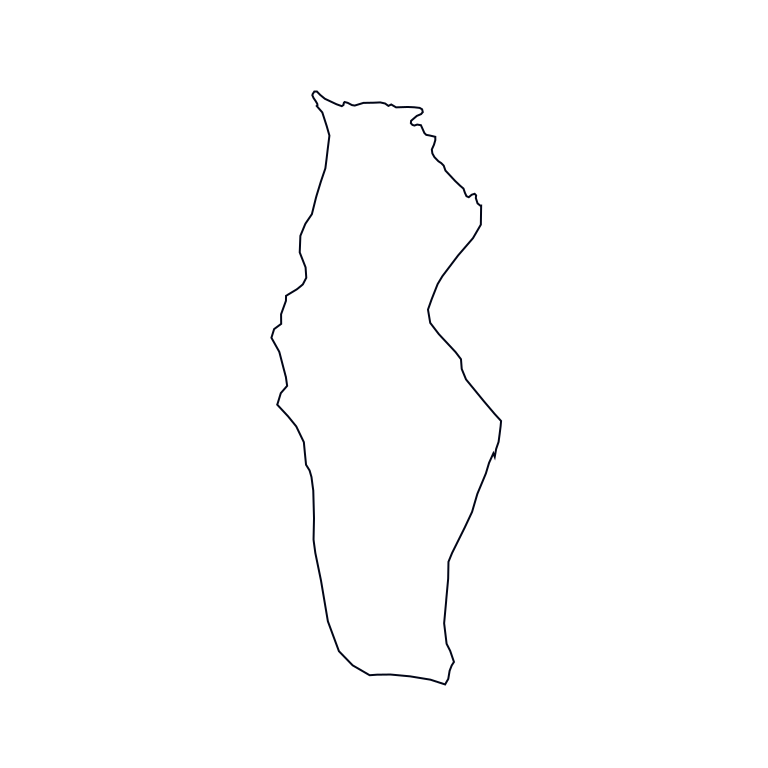 the district of Tchien, Grand Gedeh, Liberia, rotated 317°
{"feature_id": "62588387B79134287051190", "entity_name": "Tchien", "entity_type": "district", "adm_level": 2, "iso_a3": "LBR", "parent_name": "Liberia", "parent_adm1": "Grand Gedeh", "projection": "natural_earth1", "projection_center": [-8.022, 6.011], "detail": "fine", "context": "isolated", "style": "outline", "palette": "ink", "viewbox_px": 768, "rotation_deg": 317, "n_neighbors": 0, "source": "geoboundaries", "source_scale": "gbopen_adm2", "svg_char_len": 2290}
<svg xmlns="http://www.w3.org/2000/svg" viewBox="0 0 768 768"><g transform="rotate(317 384 384)"><path d="M223.8,645.4L227.9,644.1L228.7,643.9L229.9,643.5L236.4,638.5L241.6,636.0L245.6,635.0L250.4,624.3L252.6,616.7L264.8,600.0L281.7,584.9L282.3,584.3L298.1,570.2L309.9,558.0L318.6,554.0L345.0,544.1L361.2,537.6L365.9,534.8L377.4,528.0L388.9,522.8L397.5,518.9L407.1,513.3L416.7,509.3L415.3,512.8L421.7,508.0L428.3,504.5L434.4,499.5L440.5,494.4L444.4,490.9L444.5,481.2L445.3,464.5L445.4,463.0L447.1,436.6L451.1,426.0L457.2,418.4L458.1,409.5L458.1,399.6L458.1,390.4L458.1,385.0L459.5,370.8L466.9,359.6L476.5,354.6L491.4,347.5L499.1,345.3L500.1,345.0L525.9,340.5L547.8,338.1L548.6,338.0L563.5,333.5L576.7,319.8L576.1,319.4L575.6,315.7L578.0,310.6L580.0,308.9L580.0,306.7L577.2,305.4L573.4,305.2L572.4,302.9L573.6,299.3L575.4,295.3L574.9,290.9L574.5,284.0L574.5,269.8L576.6,265.0L576.5,261.5L575.7,258.2L575.6,252.5L576.6,248.4L578.9,245.1L583.7,243.1L587.9,240.6L590.1,238.2L587.5,234.3L586.6,233.0L584.8,230.6L584.7,228.0L587.5,219.9L585.2,216.9L582.5,215.7L581.5,213.9L581.5,211.6L583.3,210.0L590.8,210.3L595.2,211.9L597.8,211.6L599.2,209.1L598.4,206.4L594.8,202.2L590.3,197.6L581.5,189.9L579.9,184.5L576.9,183.6L576.1,179.6L573.3,175.5L568.6,171.5L560.7,164.4L552.5,160.4L550.8,158.2L549.2,153.6L547.5,150.9L546.4,151.0L544.6,152.3L542.6,152.0L540.0,146.9L535.3,135.1L534.5,129.2L534.4,124.3L532.5,122.6L529.6,123.3L528.5,124.0L527.5,126.9L527.0,130.3L526.3,133.5L525.4,134.8L524.4,134.8L524.1,143.3L517.9,156.5L513.5,165.1L502.6,174.2L495.4,180.3L488.2,186.3L475.9,192.9L463.4,200.1L461.1,201.5L447.1,210.6L436.1,213.1L435.3,213.4L429.4,216.1L423.9,218.6L412.1,230.3L406.2,245.2L399.6,253.3L392.6,255.8L390.3,255.7L384.8,255.3L378.7,254.0L372.5,252.7L369.0,256.3L356.3,262.8L349.8,269.9L341.1,268.9L333.2,273.4L329.4,288.9L328.7,290.3L320.3,305.8L320.0,306.4L317.4,311.2L317.2,311.7L311.9,319.3L302.3,320.3L293.3,325.5L291.8,326.3L291.8,342.1L290.9,355.2L285.7,371.9L279.3,380.2L273.2,388.2L271.9,389.9L270.6,396.5L267.5,402.6L262.2,410.0L259.6,413.7L241.2,434.5L226.4,449.7L225.0,451.6L218.5,460.8L203.8,484.9L181.1,519.3L168.8,548.7L169.2,568.4L169.5,569.4L174.9,587.2L180.6,591.8L190.6,600.9L203.7,615.6L216.3,631.9L223.8,645.4Z" fill="none" stroke="#020617" stroke-width="2"/></g></svg>